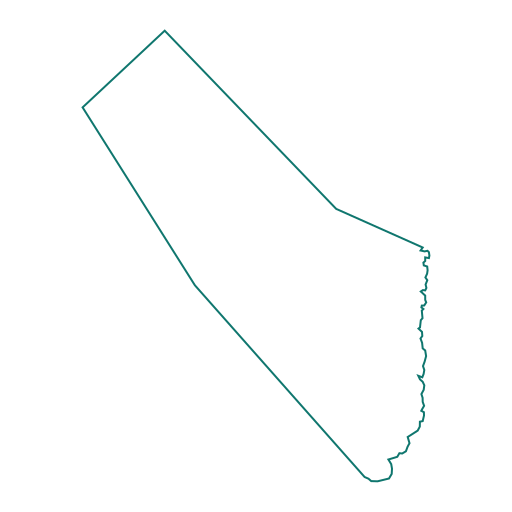 outline of Iebukel, Ngarchelong, Palau
{"feature_id": "81905179B92886188714488", "entity_name": "Iebukel", "entity_type": "district", "adm_level": 2, "iso_a3": "PLW", "parent_name": "Palau", "parent_adm1": "Ngarchelong", "projection": "robinson", "projection_center": [134.644, 7.699], "detail": "fine", "context": "isolated", "style": "outline", "palette": "teal", "viewbox_px": 512, "rotation_deg": 0, "n_neighbors": 0, "source": "geoboundaries", "source_scale": "gbopen_adm2", "svg_char_len": 1133}
<svg xmlns="http://www.w3.org/2000/svg" viewBox="0 0 512 512"><path d="M422.7,247.5L336.2,208.9L164.7,30.7L82.6,107.4L194.9,285.3L364.6,477.0L368.5,478.7L371.2,481.1L377.6,481.3L389.0,478.5L391.7,473.9L392.0,468.7L391.2,464.1L388.4,459.5L394.1,457.8L397.3,456.8L399.4,453.2L402.2,453.5L405.9,451.3L407.6,446.7L409.5,443.2L407.7,437.0L417.7,430.6L419.8,426.6L419.9,421.7L422.7,421.1L424.0,415.5L423.9,412.2L421.3,410.8L422.3,408.9L424.1,405.8L422.7,401.9L422.6,397.8L421.4,394.1L423.7,389.8L424.3,385.3L422.7,381.8L420.0,379.4L418.3,375.8L422.3,377.3L423.6,374.0L424.3,370.0L423.0,366.1L424.6,361.7L426.1,356.1L425.2,350.5L422.7,348.4L422.1,342.8L420.5,338.5L422.3,336.0L422.0,331.9L418.5,328.6L420.0,327.4L420.8,320.2L422.5,318.2L421.8,310.6L423.4,309.0L421.4,307.4L421.8,305.6L424.2,305.5L426.2,302.4L425.2,299.9L425.2,295.6L420.8,291.5L422.9,290.1L425.2,290.4L426.4,287.9L425.6,284.5L427.3,280.2L425.4,277.5L427.1,273.7L427.6,270.3L427.2,266.5L423.8,265.4L423.4,262.6L425.2,261.0L425.2,257.4L428.9,258.1L429.4,255.6L428.9,252.2L427.5,250.8L424.6,251.4L420.6,250.5L422.7,247.5Z" fill="none" stroke="#0f766e" stroke-width="2"/></svg>